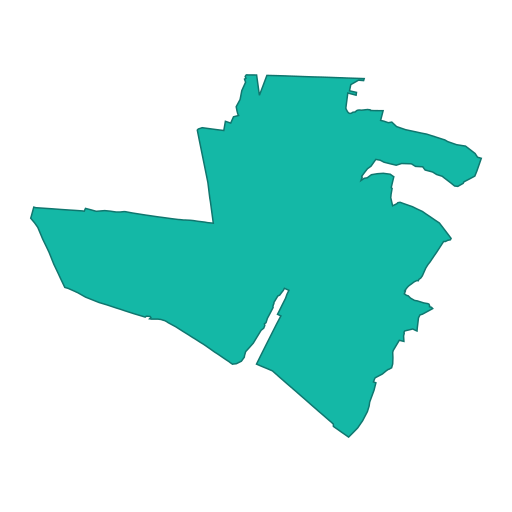 Tenango del Aire, México, Mexico (Robinson projection)
{"feature_id": "50627088B51440180010227", "entity_name": "Tenango del Aire", "entity_type": "district", "adm_level": 2, "iso_a3": "MEX", "parent_name": "Mexico", "parent_adm1": "México", "projection": "robinson", "projection_center": [-98.865, 19.149], "detail": "fine", "context": "isolated", "style": "filled", "palette": "teal", "viewbox_px": 512, "rotation_deg": 0, "n_neighbors": 0, "source": "geoboundaries", "source_scale": "gbopen_adm2", "svg_char_len": 4939}
<svg xmlns="http://www.w3.org/2000/svg" viewBox="0 0 512 512"><path d="M481.3,158.3L477.5,157.2L475.1,153.5L470.3,149.8L465.5,146.1L456.6,144.7L447.7,141.6L444.8,139.9L442.5,139.2L435.4,136.9L426.6,134.1L421.4,133.1L415.5,131.8L405.6,129.7L396.6,126.6L391.8,122.1L388.3,122.7L384.0,121.2L380.6,120.4L382.7,112.3L383.1,110.7L382.5,110.7L373.7,110.6L371.7,110.5L370.5,110.5L370.5,110.1L370.1,109.8L369.1,109.7L368.4,109.7L367.9,109.5L366.8,109.6L365.8,109.7L364.2,109.9L361.3,110.2L359.8,110.0L359.0,110.0L358.4,110.1L357.7,110.2L356.9,110.5L355.6,111.5L354.9,112.1L354.2,112.1L353.2,112.2L352.5,112.4L351.5,113.2L350.5,113.4L349.5,113.4L348.5,112.8L347.8,112.1L347.0,110.8L346.8,110.4L346.4,109.7L346.2,109.1L345.8,108.3L346.0,106.8L347.8,93.0L356.1,95.2L356.5,92.4L349.5,90.8L350.8,84.6L358.5,80.2L363.6,80.6L364.2,78.6L355.3,78.3L346.4,78.0L341.9,77.8L338.1,77.7L330.3,77.4L321.6,77.1L313.0,76.9L304.3,76.6L296.5,76.3L290.6,76.1L285.3,75.9L275.3,75.6L266.9,75.4L263.2,85.3L259.4,95.3L256.6,75.0L246.3,74.9L245.2,76.4L245.9,78.3L244.5,79.1L245.6,82.2L241.8,90.6L240.1,99.5L236.2,106.7L237.0,110.9L237.8,114.0L238.6,115.5L233.5,116.8L230.7,123.1L225.4,121.3L223.8,130.5L217.2,129.7L211.9,129.0L202.2,127.7L198.3,129.0L197.3,130.1L199.2,139.7L202.1,154.0L205.0,168.3L207.9,182.6L209.8,198.1L210.4,201.6L213.3,223.2L207.4,222.6L204.7,222.1L201.4,221.7L198.0,221.3L196.0,221.0L193.6,220.6L190.7,220.3L185.0,220.0L183.5,220.0L180.0,219.6L178.2,219.5L171.8,218.7L162.3,217.4L157.6,216.8L148.8,215.5L145.9,215.1L137.0,213.7L132.5,213.0L125.0,211.6L123.9,211.6L120.2,212.0L116.0,212.0L111.9,211.4L110.7,211.2L104.7,210.6L96.2,211.3L90.9,209.8L85.5,208.4L84.2,211.2L82.3,210.9L75.2,210.4L68.8,210.0L61.5,209.5L52.2,208.8L47.7,208.5L38.8,207.9L35.8,207.7L33.8,207.1L33.5,208.2L31.2,216.6L30.7,218.2L34.7,223.0L37.8,227.4L42.7,239.1L46.4,246.7L49.1,252.4L53.8,264.2L53.9,264.4L58.3,273.6L60.4,278.2L64.8,287.4L68.2,288.4L74.7,291.3L75.0,291.4L76.3,292.1L77.4,292.5L85.5,297.1L90.0,298.9L99.0,302.5L107.0,304.9L116.0,307.9L120.5,309.3L124.9,310.8L133.9,313.7L139.6,315.4L145.2,317.1L146.3,316.2L150.1,316.4L150.9,317.5L149.6,318.8L151.3,319.1L152.7,319.1L155.0,319.1L157.0,319.1L158.1,319.1L159.2,319.3L160.5,319.4L161.7,319.7L163.1,320.2L164.7,320.6L166.4,321.5L167.2,322.0L168.2,322.7L175.8,326.8L183.3,331.6L188.8,335.0L190.0,335.8L192.8,337.6L193.7,338.1L196.1,339.6L200.1,342.2L203.4,344.2L206.2,346.1L214.8,352.2L217.2,353.7L218.7,354.7L225.1,359.1L229.2,361.8L229.8,362.3L230.3,362.7L232.5,364.2L233.5,364.0L234.1,363.9L234.4,363.9L234.7,363.9L236.4,363.7L241.4,361.2L244.3,357.2L244.5,355.7L245.4,352.5L245.7,351.6L249.5,347.4L253.3,343.1L255.9,338.8L261.1,330.3L263.7,328.2L264.8,325.5L264.4,323.8L266.0,322.7L267.4,318.3L270.3,312.9L273.1,307.5L272.9,306.6L273.4,304.5L273.9,303.8L273.9,302.5L277.8,296.0L279.7,295.1L280.0,294.7L281.5,292.7L283.3,290.4L284.4,288.3L288.9,290.3L287.0,294.2L285.5,298.4L282.1,305.1L279.1,311.2L277.5,314.3L280.9,315.9L276.8,323.6L272.1,332.9L266.2,344.6L261.1,354.8L256.5,364.1L261.3,366.2L266.9,368.5L272.5,370.9L272.8,371.2L279.9,377.5L287.0,383.7L294.2,389.9L301.3,396.1L308.4,402.3L311.9,405.4L319.0,411.6L326.2,417.8L333.3,424.0L333.4,426.4L341.0,431.8L348.6,437.1L354.0,431.7L357.7,427.9L362.7,420.6L367.4,411.6L369.1,406.1L369.7,402.0L374.0,390.3L375.9,382.8L373.4,381.9L374.3,379.7L374.7,378.6L375.1,377.9L375.7,377.5L376.3,377.2L382.4,374.0L383.0,373.5L386.0,371.0L387.1,370.2L387.8,369.7L388.0,369.5L388.4,369.4L388.9,369.3L391.6,367.8L392.7,363.9L392.9,358.0L392.9,357.5L392.7,352.4L393.2,350.5L399.3,340.3L403.9,341.4L403.6,335.9L404.2,333.4L404.0,332.2L404.8,330.9L409.4,329.8L412.8,329.0L415.6,330.4L417.0,331.0L417.3,327.8L418.5,317.8L420.0,314.9L422.4,314.2L432.7,308.6L431.5,307.3L429.5,306.7L429.6,305.6L429.2,304.7L428.9,304.1L427.7,303.6L423.7,302.9L417.4,300.9L414.5,300.4L410.5,298.1L408.2,295.8L406.6,295.4L404.3,293.8L405.3,291.3L405.4,291.0L404.7,290.8L407.1,287.6L408.3,286.3L409.1,285.6L412.5,283.1L413.7,282.2L414.6,281.6L417.0,280.5L418.2,280.8L419.0,279.3L420.7,278.1L422.3,275.9L425.8,268.0L428.0,264.5L430.0,262.0L433.9,256.2L436.8,252.0L443.6,241.5L445.4,241.5L447.8,240.3L450.4,239.8L451.1,238.4L445.3,230.7L439.4,223.0L434.9,220.0L430.4,216.9L425.9,213.9L422.5,211.5L416.9,208.9L412.5,206.7L404.2,203.8L400.1,202.3L397.8,202.7L396.9,203.7L392.6,205.8L390.7,197.5L391.0,195.7L390.9,195.4L392.1,188.4L391.3,187.8L391.3,187.2L393.8,176.7L393.1,176.3L390.2,174.2L383.3,173.3L377.4,173.7L371.4,174.7L367.2,177.8L364.2,178.3L361.0,180.5L362.1,177.4L361.9,177.4L361.7,176.3L364.6,172.4L367.5,168.7L371.0,166.2L372.5,164.1L375.8,159.4L380.2,160.2L384.0,162.2L390.3,163.8L396.2,165.2L401.6,163.5L411.4,163.8L415.5,166.4L422.7,166.8L425.1,170.0L432.6,172.0L436.6,174.5L442.3,176.3L443.2,177.1L450.9,183.0L454.6,186.0L457.8,186.4L462.9,183.5L463.1,183.4L464.0,181.8L469.4,179.0L474.8,176.1L476.8,171.2L478.8,165.5L481.3,158.3Z" fill="#14b8a6" stroke="#0f766e" stroke-width="1.5"/></svg>